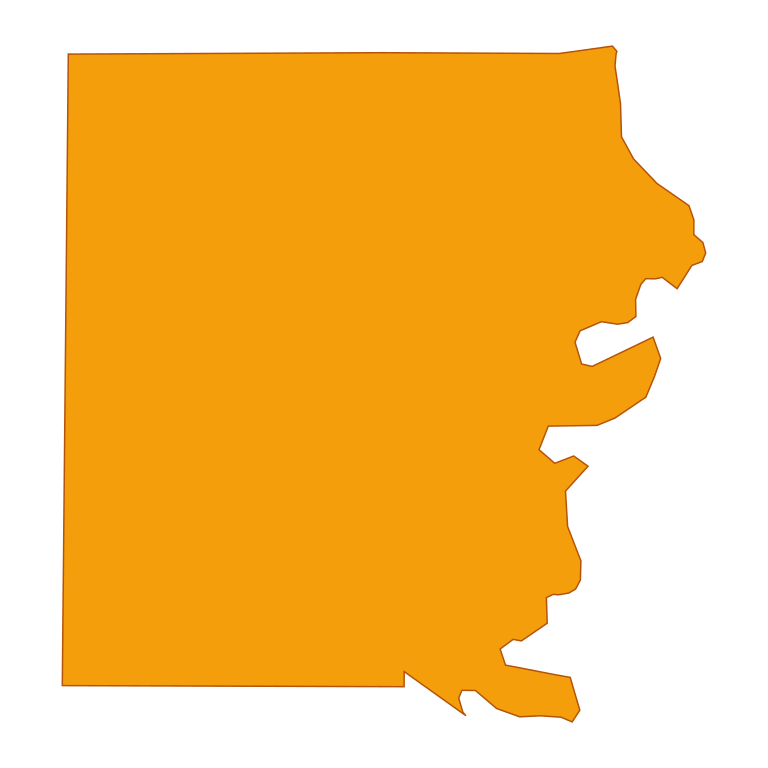 White, Illinois, United States of America
{"feature_id": "52423323B26696350989673", "entity_name": "White", "entity_type": "district", "adm_level": 2, "iso_a3": "USA", "parent_name": "United States of America", "parent_adm1": "Illinois", "projection": "mercator", "projection_center": [-88.022, 38.074], "detail": "fine", "context": "isolated", "style": "filled", "palette": "amber", "viewbox_px": 768, "rotation_deg": 0, "n_neighbors": 0, "source": "geoboundaries", "source_scale": "gbopen_adm2", "svg_char_len": 1033}
<svg xmlns="http://www.w3.org/2000/svg" viewBox="0 0 768 768"><path d="M382.7,52.7L68.3,54.1L62.3,685.6L404.1,686.7L404.2,671.6L465.9,715.7L462.9,712.3L458.7,698.1L461.9,690.3L475.4,690.5L496.6,708.5L519.6,716.8L540.4,715.8L560.9,717.2L572.2,721.9L579.8,710.2L570.2,677.4L555.7,674.8L505.5,665.1L500.1,649.0L513.1,639.4L521.4,640.9L547.2,623.2L546.4,597.6L553.1,594.4L558.5,594.8L569.0,593.0L575.6,589.0L580.4,580.0L580.9,560.9L567.6,526.5L565.5,491.1L588.0,466.2L573.7,456.0L554.7,463.3L539.0,449.7L548.3,426.1L597.0,425.4L615.0,418.0L645.9,397.1L654.4,376.7L660.7,358.5L653.1,337.1L592.2,366.4L581.6,364.0L575.0,342.2L580.1,330.8L601.4,321.7L617.6,324.2L627.7,322.6L635.9,316.5L635.6,299.3L640.8,284.5L645.7,278.7L655.6,278.8L662.2,277.3L677.1,288.7L691.9,265.4L702.3,261.5L705.7,253.0L702.9,242.6L693.8,234.6L693.9,220.0L689.0,205.7L657.0,183.5L633.6,159.0L621.5,136.8L620.5,103.5L620.0,100.2L617.2,80.7L615.0,66.1L616.1,53.8L616.9,51.4L612.4,46.1L559.2,53.5L382.7,52.7Z" fill="#f59e0b" stroke="#b45309" stroke-width="1.5"/></svg>